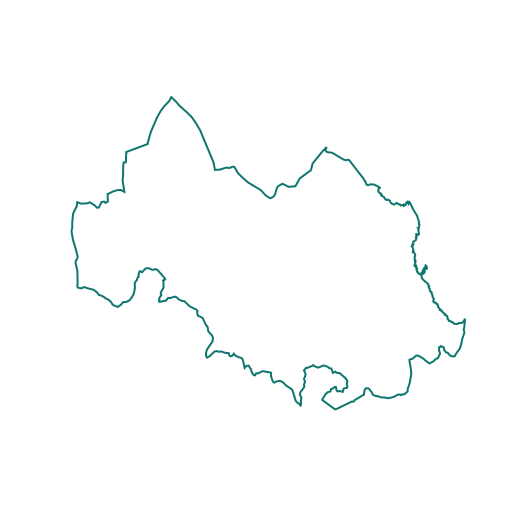 the district of Ogan Komering Ulu Selatan, Sumatera Selatan, Indonesia, rotated 342°
{"feature_id": "22746128B38683854456350", "entity_name": "Ogan Komering Ulu Selatan", "entity_type": "district", "adm_level": 2, "iso_a3": "IDN", "parent_name": "Indonesia", "parent_adm1": "Sumatera Selatan", "projection": "equal_earth", "projection_center": [104.077, -4.568], "detail": "fine", "context": "isolated", "style": "outline", "palette": "teal", "viewbox_px": 512, "rotation_deg": 342, "n_neighbors": 0, "source": "geoboundaries", "source_scale": "gbopen_adm2", "svg_char_len": 6134}
<svg xmlns="http://www.w3.org/2000/svg" viewBox="0 0 512 512"><g transform="rotate(342 256 256)"><path d="M274.5,413.4L283.7,426.2L285.9,426.3L302.4,424.0L303.5,424.7L304.8,424.2L305.4,423.5L315.9,421.2L317.4,417.7L318.6,416.4L319.7,415.8L321.3,416.2L322.4,417.2L323.8,420.9L324.4,424.3L327.3,426.7L328.1,426.6L331.0,429.0L334.4,430.2L338.0,432.2L343.4,432.6L348.2,431.7L350.2,432.2L350.9,433.1L351.6,433.3L352.3,432.8L354.4,433.3L358.3,431.7L359.2,429.3L362.6,424.8L367.1,416.6L368.3,411.8L369.6,402.9L370.0,402.0L373.1,402.1L377.6,400.2L378.4,400.4L379.6,401.1L382.9,404.6L386.5,410.3L387.9,411.7L392.3,411.0L395.5,409.3L396.8,409.6L397.6,409.3L401.0,405.5L400.9,402.5L401.8,399.5L402.9,399.5L403.9,398.8L406.4,401.0L405.9,402.9L406.7,406.0L408.5,407.4L409.9,410.8L412.3,412.5L414.2,412.6L415.5,411.2L421.2,407.0L423.5,404.0L426.4,398.8L430.6,393.1L430.8,390.0L431.7,388.8L434.7,382.1L435.3,380.1L434.1,381.7L432.0,383.0L430.2,383.2L428.4,382.4L426.6,382.9L423.6,381.8L422.1,379.1L421.1,378.9L420.5,377.8L419.4,377.3L419.3,375.8L418.7,374.8L419.3,373.3L419.3,372.2L418.7,371.9L418.2,370.2L417.4,370.2L417.6,369.4L415.6,366.1L415.7,365.2L415.2,365.2L414.1,364.1L414.6,363.5L413.4,360.8L413.9,359.8L413.6,359.3L413.8,358.0L413.1,357.7L412.6,356.3L412.0,356.3L411.8,355.5L410.6,354.5L410.8,353.1L411.6,352.4L411.9,351.6L411.3,349.3L411.7,348.5L411.4,345.7L411.9,345.1L411.6,344.1L411.0,343.9L410.6,341.9L411.1,340.6L410.6,339.6L411.3,338.3L410.7,337.6L411.2,336.3L407.3,329.6L407.0,327.9L407.3,325.0L410.3,324.3L411.5,323.5L411.8,321.6L413.4,320.7L414.7,320.8L415.0,319.3L414.7,317.7L414.5,317.3L413.2,318.9L411.8,319.7L411.4,320.5L410.2,321.3L409.7,322.7L408.4,322.9L407.2,324.0L406.3,324.0L405.1,322.9L405.0,321.4L404.4,321.0L404.7,319.9L404.4,319.4L404.8,318.9L404.5,318.2L405.4,317.5L404.7,316.6L405.0,315.7L404.4,315.1L405.3,314.9L405.0,313.7L404.2,313.4L405.2,312.3L405.5,310.0L406.1,310.2L406.3,308.7L405.9,307.8L406.8,305.6L407.5,305.1L407.7,303.1L407.2,300.8L406.3,300.7L407.0,299.4L407.6,299.1L407.4,298.6L407.7,297.7L407.6,296.0L407.1,295.0L408.3,294.6L408.2,293.6L409.1,293.8L409.8,292.1L409.7,291.2L413.4,290.0L413.9,288.8L413.7,287.8L414.4,287.7L415.1,284.7L415.4,284.7L415.5,285.7L415.9,286.2L417.8,285.6L418.3,281.5L418.9,280.8L418.7,279.4L419.3,279.6L420.0,279.0L421.1,276.5L420.8,275.6L421.5,274.7L421.6,267.4L419.8,259.9L419.4,255.7L418.4,251.1L418.3,252.5L417.4,253.5L417.2,252.0L416.9,252.5L416.5,251.6L415.9,251.5L415.4,251.6L415.5,252.6L413.6,253.7L412.4,253.9L413.0,252.9L412.5,252.6L411.5,253.1L410.8,252.6L409.4,252.7L408.6,251.4L407.6,250.9L407.6,250.4L406.1,249.0L403.3,249.8L401.3,248.2L400.4,246.4L400.4,244.6L398.4,242.9L398.1,242.9L398.3,243.3L397.1,242.9L396.2,241.1L395.9,239.3L394.1,237.6L393.7,236.8L394.4,236.3L394.2,235.2L393.3,234.7L392.2,232.4L393.3,230.1L393.9,229.4L394.6,229.6L394.9,229.2L390.5,224.6L386.8,223.1L384.9,223.4L383.8,223.0L383.1,221.9L383.0,218.6L382.5,218.1L382.3,216.1L374.2,193.6L373.2,192.9L371.2,192.7L369.1,191.4L360.3,181.3L356.3,179.5L355.4,178.7L354.6,176.8L356.9,174.2L350.8,177.5L338.5,185.5L334.7,191.4L321.7,195.7L315.0,201.8L308.4,200.3L303.5,195.5L299.0,196.3L296.9,197.7L293.3,203.1L291.1,204.9L287.9,205.6L286.3,204.4L283.9,201.2L280.9,194.8L271.1,183.5L267.4,177.3L264.5,171.6L262.9,164.5L261.2,163.8L258.0,164.1L254.8,162.7L248.5,162.7L243.6,161.4L244.5,153.3L241.7,119.1L240.2,112.2L237.9,104.3L234.8,98.2L229.4,88.9L227.8,84.8L224.5,78.7L221.4,81.8L214.7,85.4L210.1,88.7L204.3,94.1L194.3,105.5L188.8,113.7L187.6,116.0L164.8,117.0L161.2,126.6L159.1,126.2L157.5,129.4L154.9,137.2L152.5,143.0L150.6,154.3L147.8,151.4L144.7,150.5L139.5,150.5L134.0,151.3L131.9,158.5L129.3,159.0L128.3,157.3L125.7,156.9L121.6,161.3L119.8,161.0L118.2,158.0L114.6,153.6L112.2,153.8L106.3,152.4L102.6,149.6L101.1,153.0L95.3,159.0L91.9,166.6L89.7,172.9L88.1,175.5L86.9,184.6L86.8,192.0L86.2,201.6L85.3,203.2L83.2,204.9L82.3,206.6L81.5,215.1L78.0,226.6L76.7,229.4L76.9,231.1L80.1,232.9L81.1,232.5L83.7,232.7L85.3,234.3L91.2,238.0L93.6,241.6L94.5,244.4L96.5,245.7L99.0,248.3L99.7,249.7L102.0,251.8L104.0,255.0L104.6,257.9L106.8,260.2L108.8,261.7L112.4,260.7L115.4,258.8L118.4,259.6L121.9,259.1L125.5,256.6L128.0,254.2L129.5,251.7L131.0,248.9L131.7,246.2L132.7,243.7L135.3,242.0L136.8,239.9L138.0,239.5L138.3,237.8L140.4,234.7L141.5,234.8L142.6,236.3L146.7,233.9L148.5,233.8L150.3,234.6L153.1,237.1L156.7,237.6L158.0,238.8L161.8,247.6L162.4,249.3L162.3,250.3L160.1,250.5L160.0,252.1L158.2,257.6L153.9,261.6L153.9,264.0L151.8,265.4L150.6,266.8L150.6,268.0L149.8,268.9L149.9,269.6L150.4,270.0L155.5,270.3L156.3,270.7L159.6,268.7L161.5,269.5L166.2,269.5L167.7,270.8L169.1,273.3L171.9,276.0L174.0,276.9L177.3,283.3L182.8,288.7L183.4,290.2L182.6,291.6L182.2,294.7L185.7,298.0L186.1,298.7L187.1,306.5L188.0,307.8L187.4,313.1L189.5,317.8L189.8,319.2L189.7,320.8L188.3,323.7L180.4,329.9L178.7,332.4L178.0,334.2L177.6,336.2L178.0,337.5L181.3,336.9L186.5,334.2L189.1,334.1L190.9,335.6L193.5,336.1L196.5,338.4L200.0,340.0L200.0,342.4L200.9,343.6L202.6,343.5L204.7,342.0L205.4,344.0L208.2,346.8L210.8,348.6L211.4,350.6L210.6,358.9L212.9,357.6L215.2,358.0L215.7,360.6L216.3,362.0L216.0,364.0L216.2,365.9L217.1,368.7L218.2,369.2L220.0,367.6L221.7,368.3L226.6,367.5L234.1,371.5L234.3,371.8L233.2,374.5L233.1,378.8L233.6,381.5L234.3,382.1L236.2,381.7L239.6,381.9L240.9,382.7L242.8,384.8L244.7,388.7L248.3,393.1L249.2,395.1L249.0,406.2L250.2,408.5L251.4,409.9L252.4,412.9L252.3,412.4L253.9,408.3L253.8,407.6L255.4,405.0L254.9,401.8L255.5,400.1L257.5,398.0L258.6,397.8L259.8,396.5L261.3,395.7L262.0,393.0L263.7,391.0L263.7,387.6L265.4,385.8L266.7,383.6L266.3,379.6L267.0,379.0L267.6,379.0L269.0,377.8L270.0,378.3L275.9,377.8L276.6,377.4L277.5,378.8L280.6,381.4L286.4,381.0L289.9,383.4L291.0,385.4L292.8,386.2L293.1,391.0L295.6,390.4L296.6,392.0L299.6,393.4L300.7,395.6L302.9,398.9L303.5,400.1L303.3,400.7L303.9,401.4L304.3,403.4L302.7,406.0L302.5,408.7L301.8,409.5L299.0,409.2L298.1,409.5L296.5,412.0L293.6,410.1L291.7,410.0L291.1,408.7L291.5,405.3L290.4,404.8L288.4,405.7L286.1,405.8L285.1,407.8L282.1,407.7L279.8,408.7L274.8,412.8L274.5,413.4Z" fill="none" stroke="#0f766e" stroke-width="2"/></g></svg>